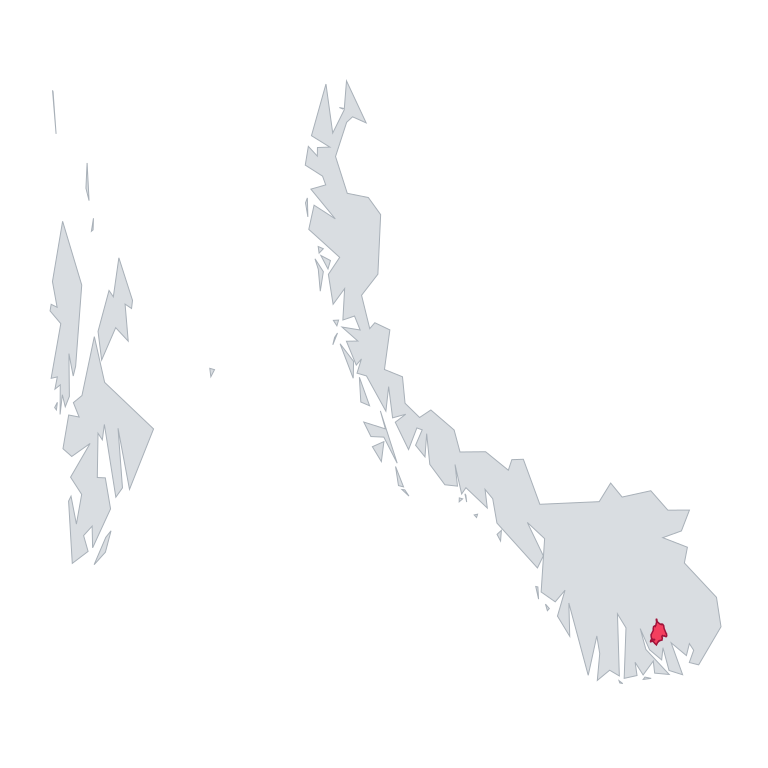 Odda nor, Hordaland, Norway (highlighted), rotated 269°
{"feature_id": "86288312B11299132347208", "entity_name": "Odda nor", "entity_type": "district", "adm_level": 2, "iso_a3": "NOR", "parent_name": "Norway", "parent_adm1": "Hordaland", "projection": "natural_earth1", "projection_center": [6.638, 59.946], "detail": "fine", "context": "in_parent", "style": "filled", "palette": "rose", "viewbox_px": 768, "rotation_deg": 269, "n_neighbors": 0, "source": "geoboundaries", "source_scale": "gbopen_adm2", "svg_char_len": 6015}
<svg xmlns="http://www.w3.org/2000/svg" viewBox="0 0 768 768"><g transform="rotate(269 384 384)"><path d="M473.1,363.1L439.6,370.7L445.4,375.9L438.0,390.8L398.5,384.7L390.9,402.6L364.4,404.7L349.9,419.0L357.2,430.4L336.8,453.3L314.7,458.8L314.5,484.4L295.6,506.8L306.1,510.5L306.3,522.0L261.0,537.7L262.6,597.1L281.0,608.9L266.8,620.1L272.6,648.9L252.9,665.6L252.6,687.2L231.9,678.8L225.5,660.0L215.5,684.5L199.8,681.2L164.9,712.7L135.4,716.7L97.7,693.7L100.2,684.4L112.4,689.0L119.1,684.8L107.2,681.6L120.2,666.6L88.1,677.5L92.6,664.0L115.5,658.3L103.3,656.8L113.6,644.9L135.0,635.9L114.0,641.2L88.6,664.1L90.2,649.6L102.3,648.4L88.6,638.0L101.4,630.2L88.1,631.9L85.5,619.0L136.0,621.7L150.1,613.4L88.0,614.2L93.9,604.6L83.9,592.1L110.7,595.0L128.4,592.4L89.2,583.1L161.8,565.0L128.5,565.3L148.9,553.4L174.7,561.4L163.2,551.4L173.3,537.5L226.6,541.9L243.1,524.9L209.4,540.3L197.4,534.2L243.0,494.5L267.4,490.7L276.9,483.2L258.2,485.1L278.9,464.1L272.7,459.7L302.3,453.6L280.6,455.7L282.2,443.1L302.8,428.4L333.6,425.8L310.4,423.7L322.2,414.5L337.5,421.4L339.5,416.1L318.0,407.4L345.6,394.6L353.4,405.2L350.0,392.0L381.3,388.6L356.8,385.4L392.4,366.6L395.3,357.2L409.5,361.9L403.4,356.6L427.4,347.2L427.4,358.6L441.7,343.0L438.4,361.1L452.5,355.7L448.7,344.0L480.1,346.3L464.6,334.5L494.6,330.3L511.4,341.9L539.9,311.5L564.0,317.2L549.9,338.2L580.1,314.3L584.1,329.2L592.9,326.2L604.2,309.1L622.9,312.5L613.0,321.3L621.6,321.6L621.8,334.0L633.5,315.8L684.9,331.2L635.8,337.1L658.8,349.0L687.7,351.8L645.4,370.7L651.7,357.2L646.3,351.2L612.3,339.5L575.3,350.6L570.7,371.6L553.4,383.6L493.9,379.8L473.1,363.1ZM324.9,61.9L358.5,68.2L356.3,78.6L370.8,73.1L377.7,81.8L436.4,95.2L390.5,104.7L343.1,152.8L283.1,127.7L344.4,117.3L284.7,120.7L275.5,113.9L348.5,103.7L333.1,101.4L339.7,97.2L295.5,95.7L295.0,103.7L263.9,108.4L225.3,89.8L247.0,89.7L237.7,81.0L221.8,85.2L210.1,69.2L272.4,66.6L277.3,69.1L249.3,74.0L278.9,79.8L296.3,69.0L329.7,89.1L317.0,70.5L324.9,61.9ZM395.5,51.3L450.0,61.9L462.9,51.4L469.5,52.6L466.4,58.5L492.2,54.3L552.3,65.5L488.2,83.5L407.2,76.0L397.4,73.4L419.9,69.5L377.1,69.2L366.8,64.9L378.9,62.2L359.2,59.6L388.8,60.3L384.6,54.9L396.8,57.5L395.5,51.3ZM441.6,99.0L482.3,110.7L475.9,114.9L514.8,121.1L472.0,134.0L463.9,132.9L468.4,126.5L431.3,129.0L445.0,116.7L412.9,102.1L441.6,99.0ZM339.1,384.6L357.2,379.9L304.6,395.8L330.9,382.9L331.7,370.0L346.3,363.1L339.1,384.6ZM366.4,360.5L391.2,359.5L362.5,369.2L366.4,360.5ZM390.3,353.3L425.0,340.8L407.1,354.0L390.3,353.3ZM208.4,91.0L235.6,103.2L242.0,108.5L220.7,102.5L208.4,91.0ZM321.5,371.3L326.4,382.9L306.5,380.0L321.5,371.3ZM510.4,317.2L497.4,325.3L477.9,321.9L499.9,320.3L510.4,317.2ZM513.6,323.1L508.4,332.6L500.0,330.0L513.6,323.1ZM282.2,396.7L301.3,394.1L280.8,401.7L282.2,396.7ZM682.0,58.2L639.8,60.5L683.4,57.7L682.0,58.2ZM585.0,89.4L610.2,91.0L572.5,92.3L585.0,89.4ZM552.4,310.8L566.5,308.7L571.4,310.6L552.4,310.8ZM522.6,320.6L520.3,325.7L516.0,321.4L522.6,320.6ZM448.5,334.5L448.7,339.7L443.0,337.9L448.5,334.5ZM402.7,210.1L401.3,214.8L394.3,211.0L402.7,210.1ZM554.8,96.4L543.2,95.8L541.8,94.1L554.8,96.4ZM231.7,494.4L235.6,498.8L225.0,497.8L231.7,494.4ZM424.1,333.5L431.4,335.4L435.8,338.4L424.1,333.5ZM366.2,54.3L371.4,57.1L363.8,56.0L366.2,54.3ZM178.4,534.3L166.2,534.8L178.9,532.2L178.4,534.3ZM161.1,541.6L156.6,545.4L154.5,543.4L161.1,541.6ZM277.8,402.9L271.5,407.0L278.2,400.1L277.8,402.9ZM86.4,639.8L85.0,646.0L84.1,638.0L86.4,639.8ZM267.8,460.6L264.9,457.1L268.8,457.3L267.8,460.6ZM661.2,344.2L660.3,348.3L659.7,347.6L661.2,344.2ZM271.4,463.9L264.5,464.6L272.8,463.0L271.4,463.9ZM251.5,471.9L252.2,475.3L248.9,474.2L251.5,471.9ZM83.3,613.8L80.3,617.5L81.0,614.5L83.3,613.8Z" fill="#d9dde1" stroke="#a8b0b8" stroke-width="1"/><path d="M121.7,646.0L121.5,646.3L122.2,646.9L121.8,648.7L121.4,649.1L120.1,650.1L119.8,650.3L119.5,650.7L118.8,651.4L118.4,651.8L120.3,652.8L120.6,652.9L120.8,653.1L121.0,653.2L121.0,653.3L121.2,653.6L121.3,653.7L121.4,653.8L121.5,653.8L121.7,654.0L122.0,654.0L122.3,654.3L122.4,654.5L122.5,654.6L122.5,654.8L122.5,655.0L122.4,655.1L122.5,655.2L122.7,655.4L122.8,655.5L122.7,655.8L122.7,656.0L122.8,656.3L122.9,656.6L123.0,656.7L123.0,656.8L123.1,657.0L123.2,657.4L123.2,657.5L123.6,657.5L124.2,657.7L124.4,657.8L125.1,657.8L125.3,657.7L125.4,657.8L126.0,657.6L126.3,657.5L126.5,657.4L126.8,657.6L127.2,657.8L127.3,657.8L127.3,658.0L127.5,658.1L127.4,658.2L127.3,658.4L127.2,659.0L127.1,659.3L127.1,659.5L127.4,659.8L127.1,660.3L127.0,660.5L126.9,660.5L126.7,661.0L126.4,661.5L126.6,662.0L127.3,662.2L127.7,662.3L127.9,662.3L128.6,662.1L128.8,662.1L129.1,662.1L129.3,662.1L129.4,661.9L129.5,661.8L129.7,661.7L129.9,661.6L130.2,661.6L130.5,661.4L133.1,660.4L134.6,659.8L137.6,659.4L138.8,658.5L138.7,658.1L138.9,658.0L139.1,657.9L139.2,657.7L139.1,657.4L138.8,657.4L138.8,657.2L138.7,657.1L138.8,657.0L138.9,656.9L139.0,656.9L139.1,656.7L138.9,656.4L138.9,656.2L139.4,655.5L139.8,655.0L140.8,653.8L141.0,653.6L141.6,653.2L141.8,652.9L142.1,652.9L142.3,652.8L142.5,652.8L142.9,652.8L143.1,652.8L143.3,652.8L143.5,652.7L144.0,652.5L144.6,652.4L144.0,652.2L143.5,652.1L141.5,652.4L140.9,652.3L140.7,652.3L139.5,651.9L138.0,651.6L137.2,651.1L137.5,651.0L137.6,650.9L137.5,650.6L137.3,650.3L136.8,649.4L136.7,649.3L136.1,649.2L135.9,649.2L135.7,649.1L134.8,648.9L134.6,648.9L134.3,648.9L134.1,649.0L134.0,648.9L133.9,648.9L133.1,649.0L129.2,647.0L128.8,646.7L128.5,646.6L128.4,646.7L127.9,646.7L127.5,646.7L127.2,646.7L125.8,646.9L125.3,647.0L125.2,647.1L124.8,647.1L124.6,647.1L124.5,647.3L124.4,647.3L124.4,647.5L124.4,647.8L124.2,648.0L124.1,648.3L124.0,648.5L123.9,648.6L124.0,648.7L124.0,648.8L123.9,649.0L123.8,649.3L123.8,649.5L123.9,649.8L123.9,650.0L123.7,650.1L123.5,649.9L123.4,649.9L123.4,649.7L123.5,649.6L123.5,649.4L123.4,649.3L123.4,649.2L123.5,649.0L123.5,648.9L123.5,648.7L123.5,648.4L123.6,648.1L123.6,647.9L123.6,647.7L123.8,647.5L123.9,647.4L123.8,647.2L123.8,646.9L123.7,646.7L123.3,646.7L123.1,646.6L122.9,646.2L121.7,646.0Z" fill="#f43f5e" stroke="#9f1239" stroke-width="1.5"/></g></svg>